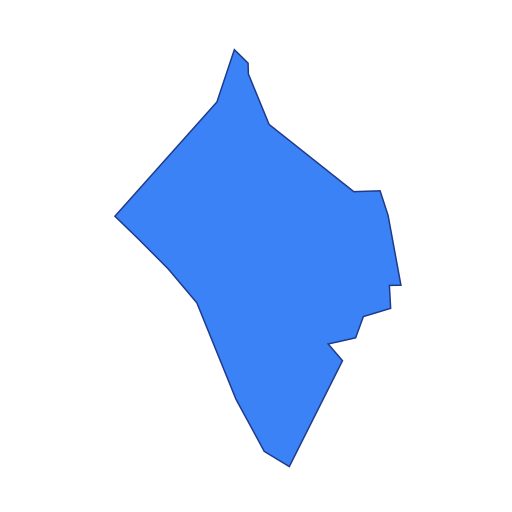 Mirzachul, Jizzakh, Uzbekistan (Albers equal-area conic projection), rotated 200°
{"feature_id": "79887680B4064718832090", "entity_name": "Mirzachul", "entity_type": "district", "adm_level": 2, "iso_a3": "UZB", "parent_name": "Uzbekistan", "parent_adm1": "Jizzakh", "projection": "albers", "projection_center": [68.032, 40.685], "detail": "fine", "context": "isolated", "style": "filled", "palette": "blue", "viewbox_px": 512, "rotation_deg": 200, "n_neighbors": 0, "source": "geoboundaries", "source_scale": "gbopen_adm2", "svg_char_len": 456}
<svg xmlns="http://www.w3.org/2000/svg" viewBox="0 0 512 512"><g transform="rotate(200 256 256)"><path d="M109.8,278.1L145.7,339.2L161.7,359.7L186.1,349.9L288.7,384.1L325.4,424.4L329.4,434.5L346.9,442.5L345.4,387.4L402.2,245.1L373.0,232.1L334.2,213.9L295.5,191.7L225.6,114.3L203.6,94.9L181.4,75.2L152.7,69.5L138.9,187.2L158.1,198.0L134.4,213.2L134.4,235.8L111.6,252.9L120.6,274.0L109.8,278.1Z" fill="#3b82f6" stroke="#1e3a8a" stroke-width="1.5"/></g></svg>